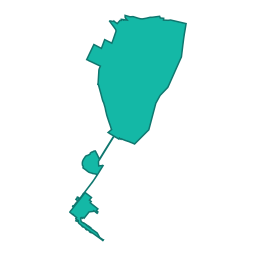 outline of Braila, Braila, Romania
{"feature_id": "2599482B33603161036297", "entity_name": "Braila", "entity_type": "district", "adm_level": 2, "iso_a3": "ROU", "parent_name": "Romania", "parent_adm1": "Braila", "projection": "orthographic", "projection_center": [27.92, 45.241], "detail": "fine", "context": "isolated", "style": "filled", "palette": "teal", "viewbox_px": 256, "rotation_deg": 0, "n_neighbors": 0, "source": "geoboundaries", "source_scale": "gbopen_adm2", "svg_char_len": 3837}
<svg xmlns="http://www.w3.org/2000/svg" viewBox="0 0 256 256"><path d="M148.8,129.8L155.8,103.3L160.1,95.4L167.8,87.4L169.4,83.9L177.3,66.1L180.7,58.5L181.4,57.0L182.6,47.1L182.7,46.2L183.7,38.4L184.3,34.3L184.8,31.4L185.2,29.1L186.1,23.6L180.9,22.4L174.9,21.0L170.5,20.0L168.5,20.3L167.9,20.3L163.5,20.1L163.7,18.3L160.3,18.0L159.6,16.3L152.0,17.3L150.1,17.3L146.4,18.2L142.4,18.9L140.6,18.8L138.2,18.2L133.1,16.6L130.0,16.8L125.1,15.4L125.1,16.8L125.2,17.5L125.8,18.5L127.1,20.1L126.4,20.0L124.6,19.9L123.7,20.1L123.8,19.6L121.3,19.3L121.3,20.4L120.1,20.4L117.2,23.6L114.5,21.6L113.9,21.0L113.6,21.4L112.8,21.4L109.9,20.9L109.6,21.2L114.4,27.7L115.6,29.4L115.9,30.1L116.0,31.3L112.9,40.4L111.8,43.2L104.7,39.6L101.4,48.4L93.9,44.5L90.3,52.0L86.7,59.6L87.0,59.7L88.5,60.4L88.7,60.6L88.8,60.7L91.3,61.8L94.6,63.4L100.4,66.1L99.3,68.6L99.0,69.5L98.9,70.2L98.1,83.3L98.1,83.5L98.0,83.8L97.9,83.9L97.8,84.0L97.8,84.3L98.0,84.3L98.2,84.5L98.4,84.7L98.5,85.0L98.8,86.1L100.8,93.4L102.4,99.6L102.6,100.2L102.8,100.9L103.0,101.4L103.7,102.8L103.9,103.5L105.2,108.0L105.7,110.7L106.2,112.7L106.6,114.5L107.0,116.0L107.2,116.5L107.3,116.9L107.8,118.4L109.3,122.9L110.0,124.8L111.3,128.9L111.6,129.5L108.1,132.5L109.6,133.4L109.6,133.5L113.8,136.0L104.9,150.2L99.4,159.2L97.0,154.1L96.0,152.4L95.9,151.9L95.2,150.9L94.7,151.0L93.4,151.3L92.5,152.0L91.6,152.1L90.3,153.1L89.9,154.3L88.6,154.9L87.7,155.5L87.4,155.5L87.3,155.4L86.0,155.9L85.2,156.7L84.9,157.3L84.5,157.8L84.0,158.6L83.5,159.3L82.9,160.6L82.5,161.7L82.4,162.1L82.3,163.1L82.3,163.7L82.4,165.1L82.7,165.6L83.2,166.4L83.0,167.9L85.5,169.7L87.5,171.3L88.4,171.9L88.5,172.0L89.0,172.3L90.2,172.7L92.1,173.2L92.4,173.4L92.5,173.5L95.2,173.9L96.0,174.1L96.3,174.2L96.3,174.3L96.4,174.5L97.0,175.1L93.7,180.2L92.3,182.1L84.7,192.1L84.2,192.7L83.9,193.0L83.5,193.4L82.9,194.1L82.7,194.4L82.6,194.7L82.5,195.0L81.8,195.9L80.8,197.2L78.4,200.3L78.3,200.2L78.5,199.9L78.7,199.7L79.0,199.3L79.5,198.6L79.3,198.4L79.2,198.5L79.0,198.4L78.9,198.3L78.8,198.1L78.7,198.1L78.8,197.8L78.6,197.6L78.0,197.2L77.7,197.1L77.5,197.4L77.3,197.3L77.2,197.7L77.0,197.9L75.9,199.4L77.8,200.9L77.3,201.5L75.7,203.4L74.2,205.4L74.0,205.6L73.8,205.7L73.4,205.8L73.0,205.8L72.8,205.9L72.7,206.0L72.6,206.3L72.6,206.5L72.8,206.7L72.9,206.8L73.1,207.1L74.2,205.7L75.0,204.6L76.3,203.0L78.0,201.0L78.3,201.2L76.8,203.1L75.5,204.8L72.0,209.3L70.9,210.6L69.9,211.9L69.9,212.3L72.8,214.6L73.0,214.5L73.3,214.5L73.4,214.9L76.6,217.6L75.9,218.4L75.8,218.7L76.5,219.2L75.8,220.8L77.1,221.3L77.8,220.2L78.4,220.7L78.4,220.8L78.3,221.1L78.3,221.5L78.3,221.8L78.4,222.2L78.5,222.6L78.6,222.9L79.1,223.5L82.4,226.2L82.2,226.5L82.8,226.9L83.0,226.6L86.2,228.9L85.9,229.3L86.6,229.8L86.9,229.4L90.0,231.5L89.7,231.9L90.3,232.4L90.6,232.0L91.7,232.8L91.9,232.6L98.9,237.6L102.2,240.0L102.5,240.4L102.8,240.6L103.0,240.5L103.3,239.9L103.2,239.9L99.7,237.5L97.2,233.0L93.6,230.4L90.4,228.1L90.7,227.7L90.1,227.3L89.8,227.7L88.6,226.8L88.9,226.4L88.3,226.0L88.0,226.4L86.7,225.4L86.9,225.1L83.9,223.0L83.7,223.3L81.1,221.5L80.6,218.1L81.2,217.5L82.3,218.3L83.1,217.4L84.1,218.2L89.1,211.9L93.3,211.4L93.8,210.7L97.1,213.3L97.4,213.0L97.3,212.9L97.9,211.9L96.4,210.7L97.9,208.9L90.2,202.8L90.2,202.7L91.2,201.5L89.4,200.1L91.5,197.5L85.1,192.5L83.6,194.4L83.5,194.5L83.4,194.6L83.1,195.1L81.5,197.2L80.8,198.1L78.8,200.6L78.5,200.3L79.6,198.9L81.4,196.7L82.5,195.1L84.7,192.2L92.4,182.2L93.7,180.3L97.1,175.2L103.1,165.6L102.7,165.4L102.3,166.0L102.2,166.1L101.6,165.6L98.7,165.9L98.7,165.2L98.5,163.3L98.5,162.3L98.5,161.7L98.6,161.1L99.6,159.6L103.4,153.4L114.0,136.3L115.8,137.3L115.8,137.2L118.9,139.1L119.4,138.1L120.4,138.9L121.0,139.3L121.3,138.8L123.2,139.6L125.5,140.5L129.4,141.8L129.8,142.0L130.7,142.4L132.1,142.9L134.6,144.0L138.0,140.6L147.2,131.4L148.8,129.8Z" fill="#14b8a6" stroke="#0f766e" stroke-width="1.5"/></svg>